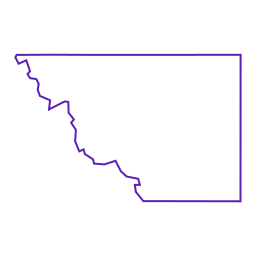 Loving, Texas, United States of America (Natural Earth projection)
{"feature_id": "52423323B28459712837049", "entity_name": "Loving", "entity_type": "district", "adm_level": 2, "iso_a3": "USA", "parent_name": "United States of America", "parent_adm1": "Texas", "projection": "natural_earth1", "projection_center": [-103.775, 31.826], "detail": "fine", "context": "isolated", "style": "outline", "palette": "violet", "viewbox_px": 256, "rotation_deg": 0, "n_neighbors": 0, "source": "geoboundaries", "source_scale": "gbopen_adm2", "svg_char_len": 564}
<svg xmlns="http://www.w3.org/2000/svg" viewBox="0 0 256 256"><path d="M240.6,54.8L104.8,54.9L96.1,54.9L52.5,54.7L16.6,54.9L15.4,57.4L18.6,63.7L26.3,60.3L30.0,71.2L27.5,74.1L30.1,78.2L36.4,79.1L38.7,84.0L37.7,89.8L39.9,95.9L50.1,100.3L49.0,109.4L64.8,101.4L68.3,102.0L68.6,112.7L73.9,119.5L71.1,122.7L75.9,129.8L75.1,141.3L79.3,151.4L83.6,149.4L84.9,154.1L93.0,159.3L94.1,163.6L104.4,164.4L115.5,160.8L120.9,171.3L126.6,176.5L138.2,178.8L139.9,184.9L134.8,184.9L135.9,191.9L143.3,201.1L240.5,201.3L240.6,54.8Z" fill="none" stroke="#5b21b6" stroke-width="2"/></svg>